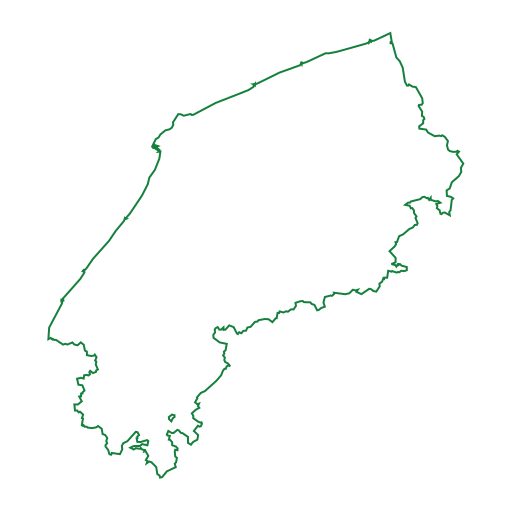 Marche, Macerata, Italy (Equal Earth projection), rotated 268°
{"feature_id": "23120603B49951072422318", "entity_name": "Marche", "entity_type": "district", "adm_level": 2, "iso_a3": "ITA", "parent_name": "Italy", "parent_adm1": "Macerata", "projection": "equal_earth", "projection_center": [13.047, 43.328], "detail": "fine", "context": "isolated", "style": "outline", "palette": "green", "viewbox_px": 512, "rotation_deg": 268, "n_neighbors": 0, "source": "geoboundaries", "source_scale": "gbopen_adm2", "svg_char_len": 5957}
<svg xmlns="http://www.w3.org/2000/svg" viewBox="0 0 512 512"><g transform="rotate(268 256 256)"><path d="M114.0,69.3L107.9,69.7L107.8,71.9L105.9,73.4L106.5,74.7L103.5,77.7L100.1,76.4L99.6,77.4L93.0,76.0L92.2,77.1L92.9,77.8L91.4,78.8L91.3,80.8L90.4,81.8L89.7,86.1L90.3,90.3L91.6,92.2L88.7,95.8L83.4,96.5L82.4,99.0L79.3,101.0L76.3,99.9L74.1,100.7L72.2,99.0L70.8,99.0L67.3,101.5L63.0,102.6L62.5,104.4L64.2,105.0L62.7,113.1L67.4,115.6L71.0,115.3L73.5,116.8L75.4,121.0L84.5,129.7L84.1,131.4L81.1,132.9L79.7,131.1L78.2,131.2L78.0,130.3L74.4,130.9L74.1,134.0L75.8,140.7L74.8,141.9L70.6,140.8L72.0,135.7L70.2,133.3L70.3,127.0L68.8,123.7L66.9,127.0L68.1,129.2L67.3,133.6L68.1,134.2L66.5,135.6L66.0,138.1L64.6,137.5L65.0,138.7L60.0,141.4L55.9,138.8L54.8,140.4L52.7,139.6L54.3,142.1L53.6,144.2L48.6,148.9L41.4,149.8L40.1,151.9L37.9,152.4L38.3,154.5L43.9,159.4L47.8,168.4L51.3,167.6L52.6,168.9L57.0,169.9L58.5,168.3L63.5,168.0L65.2,168.5L64.6,170.7L66.4,170.9L68.3,169.4L69.9,165.6L72.8,165.7L75.2,163.8L75.5,162.5L79.3,163.6L79.6,161.5L80.5,160.6L84.2,162.3L82.1,165.6L82.0,167.4L85.0,171.4L84.2,173.0L81.9,174.7L81.5,176.4L77.6,181.7L71.6,181.5L69.7,184.4L72.4,186.7L74.5,191.0L79.1,191.9L83.3,187.8L88.4,192.0L87.4,193.5L87.8,195.0L90.3,196.1L91.7,195.7L91.4,194.7L92.4,192.5L96.1,187.6L98.3,187.8L101.0,186.4L104.4,190.4L106.2,194.0L108.0,192.8L110.5,193.9L109.9,192.2L111.9,190.0L115.8,192.4L116.7,192.0L121.1,196.1L122.8,200.3L132.7,212.1L138.0,217.0L142.6,219.0L144.4,220.6L144.3,221.8L146.8,222.9L147.6,224.8L146.7,226.4L149.5,224.3L151.2,221.5L153.1,220.7L155.6,221.3L157.7,219.7L159.5,220.9L161.5,220.6L162.9,222.3L169.2,223.7L170.9,216.7L175.7,210.7L178.7,210.6L181.0,212.4L184.0,212.2L185.3,213.2L186.3,215.2L183.7,216.8L183.6,218.5L185.8,221.0L183.3,221.0L183.5,222.9L187.6,226.8L185.7,231.2L179.2,234.2L178.6,235.1L180.4,236.5L179.3,238.7L181.6,240.7L181.7,243.4L184.8,244.9L185.4,248.1L190.2,252.7L190.5,255.3L191.8,256.4L192.7,262.5L192.4,266.3L189.3,270.1L193.1,273.5L193.1,274.5L198.4,275.6L198.3,277.2L199.8,277.7L198.6,281.5L199.7,284.2L199.2,285.9L201.5,289.2L201.3,291.7L204.8,294.2L207.8,293.8L209.3,299.0L209.3,301.3L208.2,302.3L207.8,308.7L206.1,310.0L205.1,312.7L199.6,315.2L199.8,316.7L201.8,319.4L202.9,323.0L207.2,321.8L212.6,323.4L213.9,329.2L213.5,330.5L215.3,332.7L216.6,332.5L214.7,343.9L215.5,348.0L218.9,351.6L218.1,354.4L218.7,356.6L216.7,355.1L214.2,360.0L219.3,368.1L218.7,370.1L216.9,372.0L216.2,374.9L221.3,378.6L224.1,378.4L226.0,381.2L229.4,382.5L228.7,383.3L229.9,383.7L229.7,386.3L236.6,387.6L235.6,391.0L236.2,391.5L234.5,396.0L235.1,397.4L234.7,398.6L236.2,400.7L235.7,403.6L236.5,406.2L239.7,406.3L241.3,401.1L242.8,399.7L242.0,398.1L243.0,398.5L243.1,397.6L240.5,395.9L242.2,394.7L242.9,391.8L243.5,391.7L244.8,395.2L249.2,395.5L256.2,389.6L260.8,395.0L262.9,396.4L264.9,395.9L265.0,397.4L270.8,399.7L272.5,403.8L277.6,410.1L279.0,413.7L281.5,415.8L281.5,417.8L283.1,418.7L288.5,416.7L289.9,417.8L293.5,415.4L296.1,415.4L298.5,413.7L298.3,412.4L300.9,411.3L301.9,406.9L304.0,409.8L304.0,411.8L305.1,412.7L307.1,422.1L309.0,424.3L309.3,426.3L307.8,428.7L308.1,429.8L306.0,431.0L308.1,432.6L306.0,432.6L304.3,437.7L304.6,439.8L302.8,442.1L301.7,438.0L299.3,439.0L297.5,438.4L295.3,441.1L291.8,441.8L291.4,442.8L292.7,444.3L292.9,446.1L289.9,451.1L293.2,450.6L294.8,452.0L305.2,453.6L306.7,455.1L308.3,452.8L309.4,448.9L314.9,448.8L316.8,452.0L322.9,454.3L328.8,461.6L333.0,464.1L336.9,463.8L341.1,466.4L350.6,460.1L353.2,462.5L354.1,461.0L353.2,459.9L353.2,456.6L354.1,453.3L355.8,451.6L359.9,450.7L364.2,451.8L368.3,449.0L370.1,446.5L369.4,445.1L369.9,443.5L369.5,438.8L373.4,432.2L376.4,430.5L377.6,423.7L379.9,423.6L382.8,427.7L385.9,427.8L387.1,429.1L389.2,428.4L390.2,426.7L394.5,427.1L400.3,423.7L401.3,424.2L401.4,426.9L403.0,428.0L407.8,427.6L419.2,421.7L419.8,418.4L422.1,414.9L421.0,414.2L421.0,412.9L425.0,410.9L439.1,409.2L445.6,406.5L449.5,403.2L463.5,399.9L464.0,397.9L465.1,398.1L464.9,399.2L474.1,398.0L467.1,381.6L466.8,379.5L468.2,377.4L468.4,376.4L467.2,378.7L466.3,378.5L466.7,378.0L465.7,377.0L467.4,377.3L465.5,376.1L464.4,373.3L457.2,343.7L456.0,335.8L456.2,332.6L448.0,313.2L447.0,309.6L447.7,308.9L447.7,307.7L447.3,307.2L447.6,308.8L446.8,309.4L447.3,308.8L446.2,308.5L447.3,308.1L445.1,306.6L438.4,285.7L428.1,262.8L427.7,261.1L428.0,260.9L427.8,259.4L427.3,260.4L427.9,260.9L426.5,260.8L427.2,259.9L425.1,259.3L422.1,254.3L410.4,221.1L399.3,198.2L399.2,196.6L400.2,195.6L398.7,188.7L400.2,185.9L400.5,183.3L392.5,177.7L390.1,177.9L387.3,176.5L385.6,174.0L384.7,169.8L380.8,164.7L377.9,162.8L376.3,159.9L368.9,156.0L368.0,156.7L369.7,157.8L367.7,157.7L367.6,157.8L366.7,157.9L370.4,158.7L369.2,162.0L367.7,158.8L367.8,159.6L367.0,158.9L365.5,161.1L366.4,160.5L367.1,161.0L366.3,161.4L367.2,162.4L366.3,161.8L365.4,163.0L364.7,162.3L365.4,161.5L363.3,162.5L364.5,162.4L365.2,163.1L364.2,163.7L363.6,162.8L363.7,164.1L356.7,162.8L345.7,158.0L338.0,152.1L331.6,150.4L320.3,144.1L303.0,131.6L298.3,127.2L298.5,126.1L297.8,127.7L297.4,126.5L298.1,126.5L297.9,126.7L297.8,127.4L298.3,126.3L295.5,125.2L286.1,116.8L276.1,109.5L259.0,93.1L249.7,86.2L248.1,84.6L248.2,83.4L246.8,82.3L246.3,83.9L245.4,83.9L239.1,79.5L219.3,60.7L219.3,59.8L218.5,62.8L219.1,60.0L217.8,59.9L218.2,60.9L218.3,62.8L217.7,60.5L215.6,60.6L191.7,46.8L180.1,45.6L181.3,48.0L179.7,49.5L180.2,50.1L179.2,51.3L179.2,53.1L174.2,60.1L174.9,62.5L174.1,64.4L176.0,69.5L173.9,71.3L173.0,74.6L175.8,77.9L173.2,80.8L167.5,81.7L166.4,83.6L162.8,83.6L161.8,87.9L162.2,91.0L163.0,91.5L160.4,93.1L157.1,91.6L156.1,92.7L153.1,92.1L148.1,94.0L147.2,92.3L145.7,91.9L144.7,88.9L147.0,86.3L145.7,85.4L143.6,86.0L142.4,84.3L143.1,82.7L142.8,80.1L139.5,79.5L140.4,76.9L139.6,72.9L133.6,74.0L132.8,78.0L127.5,79.9L125.7,77.8L124.7,77.8L124.6,76.4L121.9,76.3L121.7,74.4L116.9,76.8L113.8,72.8L114.0,69.3ZM98.1,163.3L100.4,166.4L99.7,169.0L98.0,169.0L96.8,167.2L93.7,165.6L96.0,163.4L98.1,163.3Z" fill="none" stroke="#15803d" stroke-width="2"/></g></svg>